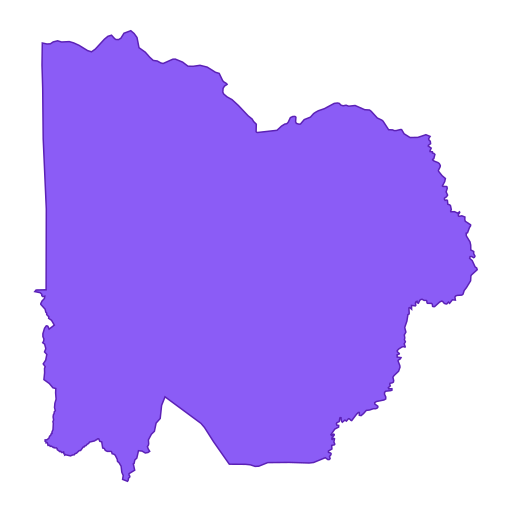 Tan Chau, Tây Ninh, Vietnam
{"feature_id": "81297802B68440719308655", "entity_name": "Tan Chau", "entity_type": "district", "adm_level": 2, "iso_a3": "VNM", "parent_name": "Vietnam", "parent_adm1": "Tây Ninh", "projection": "robinson", "projection_center": [106.277, 11.58], "detail": "fine", "context": "isolated", "style": "filled", "palette": "violet", "viewbox_px": 512, "rotation_deg": 0, "n_neighbors": 0, "source": "geoboundaries", "source_scale": "gbopen_adm2", "svg_char_len": 5957}
<svg xmlns="http://www.w3.org/2000/svg" viewBox="0 0 512 512"><path d="M400.0,367.2L399.8,365.5L398.0,360.8L398.4,360.1L400.4,358.8L401.0,357.6L397.2,357.1L397.1,354.8L399.1,354.1L399.3,353.5L397.4,351.8L397.2,350.7L398.7,349.0L401.9,347.0L403.6,346.6L405.0,347.1L405.2,346.7L404.2,343.8L405.4,341.8L404.4,339.7L404.8,337.9L404.3,334.9L405.9,332.1L404.7,327.5L406.9,321.1L407.9,314.6L408.9,314.2L409.2,313.3L408.9,308.0L409.8,307.6L411.6,309.2L411.5,305.4L415.3,305.9L415.8,305.3L415.4,303.0L416.1,301.6L417.1,301.3L417.3,302.8L418.4,303.2L419.8,300.3L421.1,299.4L422.2,299.3L424.1,300.4L426.2,300.4L426.8,301.0L427.0,302.8L427.5,303.3L431.6,303.4L432.3,304.3L432.6,306.4L433.8,306.7L434.6,306.6L439.7,302.0L441.6,301.1L442.6,301.4L444.3,303.4L446.2,304.0L446.8,303.9L448.4,302.1L449.6,303.3L452.4,299.8L455.4,300.1L454.9,297.1L455.6,296.0L457.1,295.4L461.8,295.1L463.0,294.2L464.2,290.5L466.4,287.7L470.6,280.8L470.9,275.9L471.4,275.0L477.2,269.7L476.7,268.0L475.1,266.9L472.2,260.6L469.6,258.3L470.1,256.6L471.7,256.5L473.6,257.7L474.4,257.3L475.0,256.1L473.7,253.8L473.7,251.5L470.8,249.9L470.7,245.1L470.0,241.9L466.3,235.8L466.2,233.2L467.5,232.8L469.5,227.5L470.6,225.8L470.6,224.8L465.3,221.3L464.8,219.6L464.9,217.0L461.8,215.8L459.3,216.3L458.5,216.0L458.2,214.8L459.7,212.6L459.5,211.9L457.6,213.1L454.6,211.7L450.8,211.7L450.6,211.0L451.3,209.6L450.5,205.7L449.8,204.9L447.8,204.2L447.4,200.3L446.5,200.0L445.2,200.4L444.4,199.2L444.5,198.1L446.5,196.8L447.6,195.1L446.1,191.9L447.2,188.5L447.0,186.9L446.4,186.5L442.9,186.4L442.4,185.9L444.7,181.6L445.4,178.5L442.0,175.6L438.5,171.2L438.4,170.4L440.2,166.7L440.3,165.5L439.3,163.6L438.0,162.6L434.2,161.1L432.6,159.9L432.6,159.4L433.8,158.7L434.9,154.4L433.7,153.3L432.5,153.0L432.4,151.8L430.0,151.5L430.0,150.8L431.2,148.1L428.2,146.0L428.5,145.2L430.6,143.7L430.3,141.3L428.8,139.7L428.6,138.8L430.1,136.4L425.9,134.7L417.8,137.4L410.0,137.5L404.1,133.8L401.6,129.6L400.6,129.5L396.1,130.6L394.1,130.6L392.7,129.9L388.6,129.7L383.1,121.2L381.8,120.1L377.3,118.0L371.2,111.3L369.5,110.0L364.7,109.7L355.1,105.5L348.7,106.2L346.1,105.2L343.1,105.8L340.9,105.1L339.3,103.4L337.5,103.0L334.2,103.4L324.3,108.7L318.2,110.8L315.5,112.3L313.6,113.6L310.5,117.1L304.2,119.6L300.5,124.0L299.0,124.2L296.4,123.4L295.6,121.8L295.9,117.3L295.5,116.7L294.7,116.4L292.8,116.5L290.4,117.6L288.1,122.4L286.8,123.7L284.7,124.1L281.5,126.1L277.0,130.3L257.5,132.5L256.5,132.2L256.1,131.5L256.3,124.2L253.6,121.5L252.1,119.0L248.1,115.8L238.4,105.5L232.1,99.7L227.1,96.9L223.7,94.0L222.8,92.1L223.1,88.3L224.5,86.1L227.1,84.4L226.6,83.6L223.6,81.7L222.6,80.5L219.2,73.4L215.5,72.3L207.2,67.1L200.0,65.3L193.2,66.3L188.0,66.2L182.6,62.1L175.3,59.1L172.8,59.2L163.1,63.5L160.7,62.9L157.3,61.0L153.2,60.4L149.7,57.2L145.3,52.2L139.0,47.7L137.0,37.5L134.1,33.5L130.8,30.7L124.0,33.2L120.9,38.2L118.6,39.6L115.9,39.5L114.7,38.7L111.5,35.2L107.9,36.3L104.4,39.2L95.3,49.1L91.5,51.8L87.6,50.6L79.0,45.3L73.7,42.9L69.3,41.6L61.6,42.0L57.6,40.8L53.2,41.9L50.4,43.8L47.0,44.0L42.3,43.0L42.0,65.1L42.7,88.6L43.2,138.9L46.3,209.0L46.1,289.8L36.1,290.0L34.8,291.6L40.2,292.7L41.8,294.3L41.8,295.7L42.9,296.6L44.8,296.2L44.4,298.5L42.1,300.9L40.8,303.5L40.8,304.4L45.1,309.2L45.8,312.2L46.7,313.0L46.7,314.6L48.8,316.8L48.6,318.3L51.5,320.3L54.3,325.1L49.1,329.1L47.9,326.3L46.9,325.8L46.2,325.9L44.5,328.3L42.9,333.7L42.9,336.6L43.9,339.0L43.6,341.2L42.7,342.7L44.6,344.1L45.7,348.1L45.7,349.0L44.5,351.9L46.8,354.4L45.7,360.1L43.2,363.9L45.2,366.7L44.5,368.4L44.6,372.8L43.9,379.6L49.3,383.5L52.9,387.8L55.8,388.5L55.6,392.9L56.1,399.1L54.9,403.2L54.5,407.5L55.3,410.7L54.2,411.9L54.2,413.3L53.4,414.7L53.1,416.9L53.6,420.0L52.9,421.7L53.3,423.2L53.0,429.6L51.9,432.2L52.0,433.5L51.2,433.8L50.7,435.3L49.6,436.2L48.9,438.2L46.9,439.8L45.1,439.9L45.1,441.3L45.9,441.9L46.1,442.9L47.0,442.5L47.5,443.1L48.0,445.4L49.6,445.3L50.2,446.4L51.5,446.2L53.4,447.6L53.9,447.3L54.9,448.0L56.3,447.8L57.2,448.6L57.2,449.6L60.0,451.7L60.7,451.3L61.9,452.6L63.6,452.0L63.9,453.8L65.1,454.4L64.9,455.1L65.7,454.8L70.5,455.9L72.8,454.9L74.3,454.8L75.1,453.6L76.5,453.2L79.2,450.6L80.6,450.5L83.2,447.0L84.1,447.0L84.4,446.2L86.0,445.6L87.2,444.2L88.6,443.5L89.5,442.1L94.6,440.9L95.6,440.1L96.7,439.8L97.4,438.9L98.7,438.8L99.8,441.3L101.7,441.9L102.7,448.0L104.3,448.5L105.3,450.4L107.3,451.4L111.1,451.4L111.7,452.1L112.1,453.7L113.9,454.2L115.2,455.2L117.2,459.2L117.5,461.4L119.1,462.8L121.1,466.2L121.8,472.2L123.2,475.5L122.6,479.4L127.5,481.3L128.2,480.2L128.5,478.3L129.8,476.9L129.8,476.1L129.0,475.0L129.1,473.6L134.7,470.2L133.3,463.9L134.1,463.4L134.8,460.0L136.8,458.1L138.5,450.7L142.1,451.1L145.3,453.0L148.0,452.5L149.7,451.3L148.2,448.9L147.4,446.6L148.4,445.1L148.7,443.8L148.4,439.9L151.4,434.2L154.4,431.3L156.1,423.1L160.2,418.5L161.6,405.4L165.0,396.8L201.0,423.4L204.5,427.5L213.6,441.8L229.3,464.2L245.4,464.3L250.3,464.8L255.1,466.4L258.8,466.2L267.7,462.6L289.2,462.4L309.2,463.0L313.6,462.5L325.3,457.7L327.9,459.6L329.1,459.6L330.1,458.7L329.5,456.4L330.9,454.8L331.1,453.7L330.6,453.0L328.5,452.4L328.4,451.1L331.9,449.0L331.7,445.4L334.4,444.8L334.8,444.1L333.9,442.0L334.5,438.7L333.7,438.3L332.2,439.5L331.8,439.1L332.1,437.6L334.1,435.3L334.2,434.4L333.5,434.1L331.6,435.5L330.9,434.7L334.8,429.1L338.6,427.1L338.7,425.4L336.8,425.1L336.4,423.7L336.9,422.7L339.2,421.6L339.8,418.0L340.2,417.6L341.0,417.7L341.3,420.8L342.3,422.2L344.9,420.1L346.4,421.1L348.5,418.7L349.4,418.8L351.0,420.4L351.7,420.6L356.5,414.3L358.3,412.5L359.3,412.5L359.3,415.3L361.1,415.6L363.5,413.6L366.3,410.4L369.6,410.0L373.4,408.7L375.8,408.7L377.3,408.0L377.9,407.1L377.8,406.2L374.8,404.0L374.7,402.6L376.5,401.5L383.9,400.0L385.7,399.0L385.8,397.0L384.5,394.2L384.6,392.3L385.8,391.2L390.9,390.6L392.0,390.1L391.9,388.7L388.7,388.8L388.3,387.7L390.3,385.9L389.7,384.3L390.0,383.3L392.3,382.8L393.4,382.1L393.7,380.6L392.9,377.3L393.9,375.7L398.6,371.2L400.0,367.2Z" fill="#8b5cf6" stroke="#5b21b6" stroke-width="1.5"/></svg>